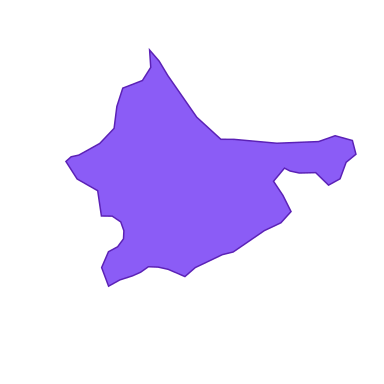 an SVG outline of Grad Sofiya, rotated 299°
{"feature_id": "BGR-2243", "entity_name": "Grad Sofiya", "entity_type": "Province", "adm_level": 1, "iso_a3": "BGR", "parent_name": "Bulgaria", "parent_adm1": "", "projection": "natural_earth1", "projection_center": [23.369, 42.657], "detail": "fine", "context": "isolated", "style": "filled", "palette": "violet", "viewbox_px": 384, "rotation_deg": 299, "n_neighbors": 0, "source": "natural_earth", "source_scale": "10m", "svg_char_len": 800}
<svg xmlns="http://www.w3.org/2000/svg" viewBox="0 0 384 384"><g transform="rotate(299 192 192)"><path d="M157.6,66.9L164.2,69.2L169.4,75.1L189.8,87.8L209.9,93.0L230.4,84.8L249.3,81.1L265.5,94.6L281.0,95.5L295.6,86.1L290.6,99.7L282.1,114.4L259.7,159.9L252.1,191.7L258.4,203.2L275.8,242.6L297.5,278.3L310.6,289.9L314.8,307.3L304.5,317.1L292.7,312.4L275.3,315.1L264.2,308.1L268.9,290.8L260.6,276.6L257.9,267.6L257.7,261.3L240.9,258.1L233.1,273.2L222.9,288.1L208.2,284.7L193.3,274.0L159.5,257.1L151.9,248.9L127.5,231.5L114.6,226.8L112.8,208.6L109.9,198.8L105.5,190.1L97.0,186.0L89.8,180.6L80.1,171.5L69.2,164.7L82.1,149.6L99.3,147.9L108.0,153.5L117.8,154.8L125.1,151.2L131.3,144.2L132.2,133.9L127.1,124.4L147.4,108.9L147.7,85.2L157.6,66.9Z" fill="#8b5cf6" stroke="#5b21b6" stroke-width="1.5"/></g></svg>